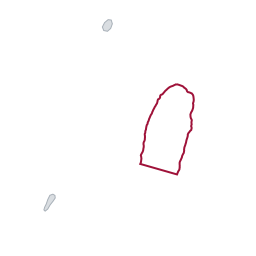 South Ari, Maldives shown in context, rotated 194°
{"feature_id": "70690204B29165248779959", "entity_name": "South Ari", "entity_type": "district", "adm_level": 2, "iso_a3": "MDV", "parent_name": "Maldives", "parent_adm1": "", "projection": "equal_earth", "projection_center": [72.841, 3.685], "detail": "fine", "context": "in_parent", "style": "outline", "palette": "rose", "viewbox_px": 256, "rotation_deg": 194, "n_neighbors": 0, "source": "geoboundaries", "source_scale": "gbopen_adm2", "svg_char_len": 3346}
<svg xmlns="http://www.w3.org/2000/svg" viewBox="0 0 256 256"><g transform="rotate(194 128 128)"><path d="M187.5,43.8L184.9,45.6L182.6,44.9L181.7,42.5L182.9,39.1L184.9,34.7L186.3,29.9L188.3,27.3L189.8,28.2L189.7,30.9L188.9,34.6L188.5,39.3L187.5,43.8ZM173.5,228.3L170.4,228.7L168.4,225.3L168.9,220.4L171.3,216.9L175.1,216.7L177.3,219.8L176.2,224.6L173.5,228.3Z" fill="#d9dde1" stroke="#a8b0b8" stroke-width="1"/><path d="M69.2,94.8L69.1,95.4L69.1,95.9L69.0,96.5L68.9,97.1L68.8,97.9L68.6,98.6L68.4,99.0L68.2,99.8L68.1,100.5L68.2,101.1L68.3,101.6L68.3,102.3L68.6,103.3L68.7,103.8L68.8,104.4L69.0,104.8L69.2,105.6L69.3,106.1L69.5,106.5L69.5,107.0L69.5,107.4L69.5,107.9L69.4,108.3L69.3,108.9L69.1,109.6L69.0,110.4L68.8,111.4L68.7,112.0L68.6,112.8L68.7,113.8L68.6,114.6L68.4,115.4L68.2,116.3L67.9,117.2L67.9,117.9L68.0,118.9L68.0,119.6L68.3,120.3L68.4,120.9L68.5,121.9L68.6,122.8L68.5,123.7L68.3,125.4L68.3,126.5L68.2,127.5L68.2,128.3L68.3,129.6L68.3,130.7L68.2,132.0L68.1,133.1L68.1,133.9L68.1,134.8L68.2,135.3L68.4,135.9L68.4,136.3L68.3,136.9L68.2,137.5L67.9,138.1L67.4,139.2L66.9,140.4L66.2,141.3L66.2,143.1L66.5,144.1L67.1,144.9L67.2,145.7L67.1,146.8L67.5,147.9L67.8,148.8L67.9,149.6L67.9,150.5L68.1,151.2L68.6,151.9L69.2,152.5L69.8,153.5L70.1,154.2L70.4,155.2L70.7,156.0L70.7,156.5L70.6,157.7L70.5,158.5L70.3,159.1L70.1,159.7L69.9,160.7L69.8,161.7L69.7,163.0L69.8,164.1L70.0,164.9L70.2,166.3L70.8,167.3L70.9,168.0L70.8,168.8L70.8,169.4L70.8,170.1L71.0,171.2L71.4,172.4L71.7,173.2L72.0,174.0L72.3,174.7L72.7,175.4L73.2,176.0L73.9,176.5L74.5,177.0L75.4,177.1L76.3,177.3L77.3,177.4L78.4,177.3L79.1,177.6L79.6,178.0L80.0,178.5L80.3,179.2L80.9,179.7L81.6,180.1L82.5,180.5L83.2,180.7L84.2,181.4L85.0,181.7L86.0,181.9L86.5,181.9L87.2,182.0L88.2,182.1L89.1,182.2L89.9,182.2L90.5,182.3L91.0,182.1L91.7,181.9L92.3,181.8L92.8,181.3L93.5,180.8L93.9,180.4L94.2,180.1L94.9,179.6L95.5,179.2L96.0,178.9L96.7,178.4L97.3,177.9L97.9,177.3L98.3,176.7L98.5,176.4L99.0,175.9L99.6,174.8L99.9,174.4L100.2,173.9L100.6,173.4L101.0,172.7L101.3,172.0L101.5,171.6L101.8,171.0L102.2,170.2L102.6,169.3L103.1,168.8L103.5,168.5L104.0,168.2L104.5,167.4L104.5,166.5L104.3,165.7L104.4,164.8L104.8,163.9L105.2,163.5L105.8,163.0L105.9,161.9L105.8,161.0L105.8,160.1L105.8,159.1L106.0,158.3L106.3,157.6L106.5,156.8L106.7,155.9L107.0,155.2L107.2,154.6L107.3,153.9L107.6,152.7L107.8,152.0L108.0,150.9L108.1,150.1L108.3,149.4L108.3,148.6L108.4,147.8L108.5,147.4L108.9,146.4L109.1,145.7L109.2,145.0L109.3,144.3L109.4,143.7L109.5,142.9L109.7,142.1L109.7,141.1L109.8,140.0L109.9,139.2L110.1,138.8L110.2,138.0L110.1,137.5L110.0,136.8L110.2,136.2L110.3,135.9L110.5,135.4L110.5,134.7L110.5,133.9L110.5,133.3L110.4,132.7L110.4,132.2L110.3,131.5L110.2,130.8L110.3,130.3L110.4,129.7L110.4,129.1L110.2,128.1L110.1,127.3L110.3,126.5L110.2,125.8L110.0,125.2L109.7,124.6L109.5,124.0L109.4,123.3L109.2,122.8L109.1,121.7L108.9,121.0L108.9,120.2L108.9,119.7L109.0,119.2L109.2,118.5L109.3,117.7L109.2,116.7L109.0,115.9L108.7,115.3L108.4,114.5L108.2,113.6L108.1,113.0L108.1,112.1L108.0,111.0L107.9,110.3L107.9,109.5L108.0,108.8L108.1,108.1L108.3,107.4L108.6,106.5L108.7,105.8L108.9,105.2L108.9,104.4L108.6,104.0L108.4,103.6L108.1,103.0L107.9,102.3L107.6,101.7L107.5,100.8L107.4,100.0L107.3,99.3L107.2,98.2L107.2,97.4L107.3,96.7L107.4,96.1L69.2,94.8Z" fill="none" stroke="#9f1239" stroke-width="2"/></g></svg>